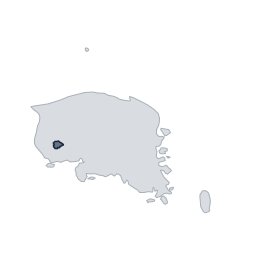 location of Namyangju-si, Gyeonggi, South Korea, rotated 284°
{"feature_id": "91817680B38772026787440", "entity_name": "Namyangju-si", "entity_type": "district", "adm_level": 2, "iso_a3": "KOR", "parent_name": "South Korea", "parent_adm1": "Gyeonggi", "projection": "equal_earth", "projection_center": [127.227, 37.639], "detail": "fine", "context": "in_parent", "style": "filled", "palette": "slate", "viewbox_px": 256, "rotation_deg": 284, "n_neighbors": 0, "source": "geoboundaries", "source_scale": "gbopen_adm2", "svg_char_len": 3859}
<svg xmlns="http://www.w3.org/2000/svg" viewBox="0 0 256 256"><g transform="rotate(284 128 128)"><path d="M77.9,59.1L78.8,58.4L78.8,57.4L78.9,54.2L81.3,52.0L84.7,47.4L86.3,44.9L88.2,42.6L90.4,41.0L92.6,40.3L96.0,39.9L102.5,40.2L103.8,40.0L108.3,39.7L109.4,40.1L112.7,40.4L116.3,40.1L118.1,39.4L119.8,38.3L121.3,36.2L122.8,32.4L124.5,29.4L125.4,28.8L132.2,44.9L138.6,55.3L144.1,62.8L152.0,77.4L154.4,85.3L154.6,90.1L156.0,96.8L154.9,100.6L155.3,106.7L154.8,109.8L153.9,112.1L153.9,116.5L154.2,118.8L154.3,121.9L154.9,123.2L155.8,123.6L157.2,122.5L159.0,122.0L158.7,125.8L156.7,135.3L154.9,142.2L152.5,148.3L149.3,153.9L145.5,156.0L142.9,156.8L137.7,157.1L133.5,156.1L129.8,156.8L128.4,158.0L127.3,160.0L128.1,163.1L128.0,165.3L126.4,165.2L123.3,163.8L119.9,163.7L118.3,163.0L116.7,159.7L115.0,159.9L112.1,161.8L107.7,162.2L106.2,163.3L105.6,164.6L106.3,166.3L108.5,168.6L107.8,170.8L105.5,172.0L103.6,169.2L102.4,166.4L101.1,166.3L99.1,167.1L98.7,170.0L99.6,172.0L101.2,174.4L99.0,177.1L98.4,179.0L96.9,180.4L92.7,177.3L93.3,175.1L95.1,173.0L95.3,170.9L94.7,169.6L88.7,175.1L85.0,181.3L83.0,180.8L82.2,179.2L81.0,178.6L77.0,182.6L76.2,185.7L74.8,185.9L74.1,184.5L74.1,181.6L73.4,179.2L69.3,175.7L67.4,172.6L68.4,170.9L71.9,171.8L74.6,171.7L74.1,170.2L73.2,169.5L75.0,168.7L76.5,167.0L75.3,166.6L73.3,167.5L71.7,167.1L71.1,163.0L69.2,158.9L68.2,154.9L70.1,152.6L71.1,149.0L72.9,143.8L73.8,142.1L76.3,140.9L77.2,139.6L75.8,138.9L73.7,138.3L73.7,136.8L75.2,136.0L76.9,134.3L80.1,132.3L81.1,128.5L80.1,127.6L78.1,126.7L78.6,124.8L79.4,123.3L79.1,122.5L76.8,120.0L75.2,117.8L75.7,115.2L75.3,111.4L75.6,108.1L75.5,106.4L74.3,102.5L73.8,98.5L72.3,99.1L71.1,100.1L66.7,98.7L65.4,98.6L64.8,95.7L66.4,92.1L70.1,88.9L72.2,88.5L73.8,87.1L76.3,86.7L79.3,88.8L82.0,89.3L83.5,93.0L84.4,93.8L84.6,92.4L86.8,90.8L87.3,89.6L86.8,88.9L84.3,88.3L82.1,83.7L81.8,81.7L81.0,80.4L82.2,76.7L79.6,72.5L78.4,71.2L78.5,67.4L77.2,65.0L76.5,63.7L76.0,61.4L76.4,60.4L77.6,60.0L77.9,59.1ZM68.9,226.4L67.7,227.2L66.5,226.7L66.2,226.3L64.8,224.2L64.4,223.1L65.4,221.0L69.3,217.6L79.3,214.2L81.1,214.1L85.0,215.5L85.9,218.2L85.2,220.5L84.2,222.0L79.6,224.6L76.1,225.8L68.9,226.4ZM136.3,168.0L133.7,170.3L130.1,167.2L129.3,165.5L131.9,163.0L134.2,160.2L135.7,160.1L136.3,168.0ZM117.5,167.7L117.2,171.3L115.2,171.5L114.1,169.2L112.8,170.3L112.2,170.3L111.2,167.4L111.0,165.2L113.3,163.5L114.7,164.5L116.7,165.0L117.5,167.7ZM66.5,183.8L64.7,184.4L63.7,183.1L63.0,182.7L63.4,181.1L66.3,177.8L66.9,176.7L69.6,177.3L70.6,179.1L69.3,181.7L66.5,183.8ZM74.8,60.7L74.7,65.5L73.2,65.3L72.2,64.8L71.7,63.9L70.7,59.4L71.9,57.6L74.1,59.1L74.8,60.7ZM64.8,170.5L64.4,171.4L63.2,171.1L62.0,168.5L61.5,166.5L60.3,165.4L62.2,163.7L64.7,166.8L64.8,170.5ZM71.9,105.9L71.5,108.2L69.6,106.7L69.1,101.5L71.0,103.0L71.9,105.9ZM195.3,70.1L194.0,71.1L192.6,70.1L192.4,68.9L193.1,67.9L194.9,67.3L195.7,68.2L195.3,70.1ZM81.0,184.8L81.4,186.5L79.2,186.2L78.0,184.5L78.1,183.1L79.5,182.8L81.0,184.8ZM110.1,174.7L109.8,175.9L108.4,174.2L109.8,172.3L110.1,174.7Z" fill="#d9dde1" stroke="#a8b0b8" stroke-width="1"/><path d="M91.9,60.3L91.5,60.7L91.3,61.0L91.2,61.4L91.1,61.7L90.8,62.0L90.5,62.1L90.5,62.5L90.7,63.3L90.8,63.8L90.8,64.2L91.0,64.4L91.5,64.4L91.9,64.4L92.1,64.5L92.1,64.8L91.9,65.1L91.9,65.5L92.1,65.8L92.4,66.0L92.5,66.3L92.8,66.5L92.9,66.4L93.0,66.4L93.3,66.4L93.5,66.4L93.7,66.7L93.8,66.9L94.1,67.1L94.3,67.3L94.4,67.6L94.5,67.9L94.7,68.1L95.0,68.2L95.2,68.4L95.4,68.6L95.7,68.8L95.8,69.3L96.1,69.3L96.4,69.2L96.5,69.0L96.5,68.8L96.6,68.7L96.8,68.3L96.7,68.3L96.7,67.9L97.0,67.4L97.3,67.1L97.3,66.6L97.6,66.2L97.6,65.6L97.6,65.3L97.7,65.1L98.0,64.9L98.5,63.6L98.0,62.7L97.7,62.4L97.7,62.0L97.5,61.0L97.0,60.2L96.2,59.7L95.4,59.2L95.3,59.4L94.9,59.7L94.7,59.9L94.4,60.3L93.9,60.3L93.4,59.8L93.2,59.9L93.2,60.2L92.8,60.4L92.3,60.5L92.0,60.3L91.9,60.3Z" fill="#64748b" stroke="#1e293b" stroke-width="1.5"/></g></svg>